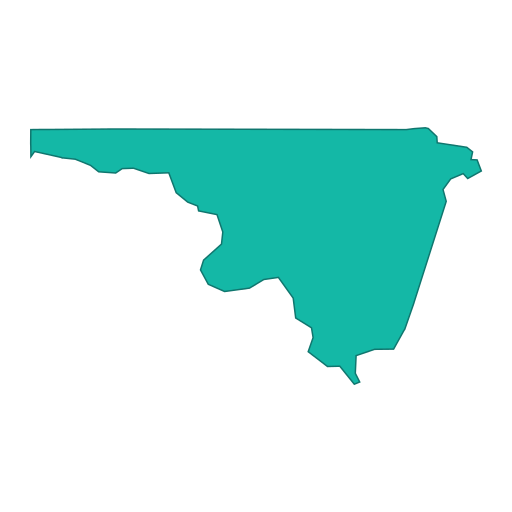 the district of Northampton, North Carolina, United States of America
{"feature_id": "52423323B28238125667725", "entity_name": "Northampton", "entity_type": "district", "adm_level": 2, "iso_a3": "USA", "parent_name": "United States of America", "parent_adm1": "North Carolina", "projection": "natural_earth1", "projection_center": [-77.477, 36.356], "detail": "fine", "context": "isolated", "style": "filled", "palette": "teal", "viewbox_px": 512, "rotation_deg": 0, "n_neighbors": 0, "source": "geoboundaries", "source_scale": "gbopen_adm2", "svg_char_len": 1015}
<svg xmlns="http://www.w3.org/2000/svg" viewBox="0 0 512 512"><path d="M30.9,156.7L34.6,151.5L61.5,157.5L61.8,157.8L62.3,158.0L62.6,157.9L62.9,157.9L75.3,159.2L90.6,165.4L98.7,171.8L115.7,173.0L122.2,168.6L133.5,168.2L149.0,173.5L168.8,172.8L176.2,192.7L187.7,202.1L197.6,206.0L198.6,210.9L217.0,214.6L222.8,232.0L221.5,244.1L203.6,260.1L200.5,269.9L208.3,284.3L224.6,291.5L249.5,288.1L263.8,279.5L278.4,277.4L293.2,298.1L295.7,318.0L311.5,327.8L313.1,337.6L308.2,351.7L327.5,366.5L339.8,366.2L354.3,384.2L359.7,382.0L355.3,373.3L356.1,355.6L374.6,349.3L393.6,349.1L404.2,330.0L404.6,329.6L404.7,329.4L413.7,303.6L414.1,302.2L445.6,203.3L446.2,201.3L443.0,189.5L450.7,178.9L463.2,173.6L467.7,178.5L481.3,171.0L477.1,159.9L471.0,159.6L472.6,151.9L466.8,147.3L437.2,142.8L436.8,136.6L428.3,128.5L428.2,128.5L425.4,127.8L414.3,128.6L406.3,129.6L356.7,129.5L111.9,129.0L102.5,129.1L48.0,129.5L44.0,129.5L40.2,129.5L30.8,129.6L30.7,143.7L30.8,146.4L30.9,156.7Z" fill="#14b8a6" stroke="#0f766e" stroke-width="1.5"/></svg>